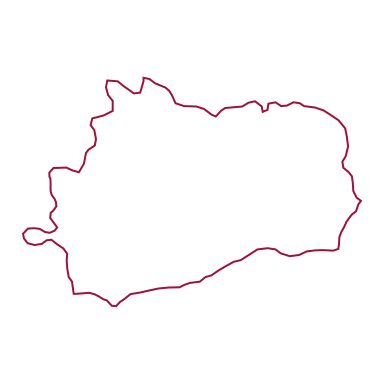 outline of Bräcke, Jämtland, Sweden
{"feature_id": "70781695B53803129879670", "entity_name": "Bräcke", "entity_type": "district", "adm_level": 2, "iso_a3": "SWE", "parent_name": "Sweden", "parent_adm1": "Jämtland", "projection": "mercator", "projection_center": [15.509, 62.864], "detail": "fine", "context": "isolated", "style": "outline", "palette": "rose", "viewbox_px": 384, "rotation_deg": 0, "n_neighbors": 0, "source": "geoboundaries", "source_scale": "gbopen_adm2", "svg_char_len": 1837}
<svg xmlns="http://www.w3.org/2000/svg" viewBox="0 0 384 384"><path d="M73.7,293.8L76.8,293.8L89.1,292.8L94.7,294.3L99.3,296.7L103.2,299.2L106.9,300.4L111.7,305.7L116.1,306.2L120.2,301.8L122.9,300.1L130.6,294.1L139.8,292.6L149.6,290.4L158.5,288.5L169.0,287.5L179.6,287.3L184.5,284.8L190.1,282.9L199.8,281.7L205.4,277.1L211.4,275.4L217.7,271.0L225.0,266.6L233.7,261.8L240.8,260.1L257.5,249.4L267.7,248.2L275.5,249.4L280.6,253.3L289.8,256.2L299.0,255.0L306.8,251.4L314.8,250.4L323.0,250.1L332.3,250.6L333.5,250.6L338.3,248.9L339.0,244.1L339.3,237.5L341.2,232.2L344.1,227.1L346.3,222.2L348.7,218.6L351.7,214.7L356.0,211.3L358.4,204.3L361.0,200.9L356.6,197.6L353.3,191.0L352.8,182.9L351.9,176.3L349.0,172.5L343.3,167.7L342.4,161.6L345.7,156.3L348.1,146.4L346.7,135.9L345.2,128.4L338.6,120.3L330.1,114.6L323.4,110.3L314.9,107.5L304.0,106.1L299.7,103.2L293.5,102.3L286.9,105.6L281.2,106.1L275.5,102.3L268.4,103.7L267.5,109.9L262.7,111.8L261.8,106.5L255.1,101.3L248.5,102.7L242.3,106.5L225.2,108.0L221.0,110.8L215.8,116.5L211.5,114.6L203.9,108.9L196.3,106.5L184.0,106.1L175.5,103.2L172.1,95.6L169.3,90.9L165.5,87.6L155.1,83.3L149.4,79.0L143.5,77.8L143.5,81.3L140.2,92.6L133.9,93.4L123.9,86.3L117.7,81.3L107.3,80.5L106.0,87.1L108.1,95.1L112.7,100.9L112.7,110.9L103.5,115.5L92.3,118.4L90.6,125.1L94.3,130.1L96.0,139.2L94.8,145.5L88.5,149.7L86.0,153.0L83.9,163.8L78.9,172.2L72.7,170.5L66.4,167.6L53.5,168.0L49.3,172.6L49.5,177.0L50.4,178.4L50.6,183.3L50.6,191.0L51.7,194.9L54.6,198.9L55.9,202.0L56.4,206.3L53.2,210.7L50.7,212.8L50.2,218.0L54.3,223.5L57.2,227.4L54.6,230.7L49.7,232.8L44.9,232.0L39.8,228.9L34.1,228.2L27.9,228.6L23.0,233.8L24.0,238.5L27.6,243.2L34.6,245.0L41.8,243.9L46.6,240.3L51.5,239.8L57.4,244.5L63.3,248.4L67.2,253.8L66.7,260.6L67.3,268.8L68.7,277.0L72.0,281.6L73.7,293.8Z" fill="none" stroke="#9f1239" stroke-width="2"/></svg>